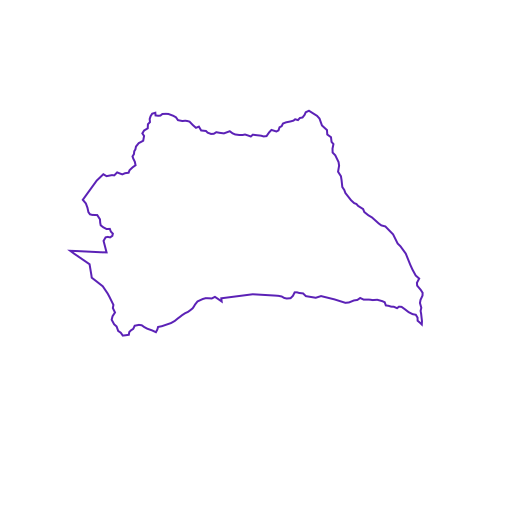 Itaíba, Pernambuco, Brazil, rotated 310°
{"feature_id": "56859067B4810139882764", "entity_name": "Itaíba", "entity_type": "district", "adm_level": 2, "iso_a3": "BRA", "parent_name": "Brazil", "parent_adm1": "Pernambuco", "projection": "natural_earth1", "projection_center": [-37.295, -9.026], "detail": "fine", "context": "isolated", "style": "outline", "palette": "violet", "viewbox_px": 512, "rotation_deg": 310, "n_neighbors": 0, "source": "geoboundaries", "source_scale": "gbopen_adm2", "svg_char_len": 3262}
<svg xmlns="http://www.w3.org/2000/svg" viewBox="0 0 512 512"><g transform="rotate(310 256 256)"><path d="M402.6,212.7L401.3,203.2L398.1,201.7L395.3,202.5L392.0,202.6L389.9,200.9L387.1,200.8L385.9,198.1L383.8,197.7L381.2,195.9L377.7,193.1L374.8,191.5L371.9,192.2L369.7,191.3L366.7,192.5L364.5,191.6L362.5,186.8L359.1,186.6L354.6,187.0L352.5,185.0L351.4,182.5L348.6,178.3L346.9,175.6L344.2,175.2L343.1,172.2L342.0,169.5L340.0,167.9L338.0,165.5L335.7,161.9L334.9,159.1L334.7,155.7L329.3,152.6L327.0,149.0L325.3,146.0L322.5,145.1L320.6,143.1L319.4,139.7L319.6,137.3L316.9,133.3L318.4,129.1L315.6,127.6L315.7,123.4L316.2,118.7L315.3,116.7L314.1,114.8L312.1,112.9L309.9,108.9L310.8,105.5L310.2,102.4L308.5,97.6L307.0,95.6L304.6,93.0L302.1,92.5L300.6,91.0L299.1,88.7L301.0,86.8L298.3,85.0L295.3,85.4L292.6,86.5L290.4,88.7L287.5,88.5L284.2,91.0L280.2,89.6L276.9,90.1L276.0,93.1L271.8,95.5L269.2,94.5L267.1,93.6L262.7,93.7L260.1,95.1L258.0,95.4L255.6,97.0L252.9,97.4L251.7,99.4L250.3,102.6L248.1,105.4L244.7,104.5L242.3,104.2L240.4,104.0L237.9,104.9L235.3,102.5L232.6,101.1L231.6,98.4L230.8,95.9L226.7,95.6L225.3,93.6L221.1,90.2L220.5,86.5L211.4,85.5L187.7,87.2L186.9,91.9L184.6,95.9L181.9,99.4L181.2,102.0L182.2,104.1L185.3,108.1L183.8,112.9L181.3,115.3L179.7,117.3L179.8,120.4L180.6,124.2L182.8,126.6L181.4,129.1L181.1,132.0L179.1,133.0L176.5,132.3L175.3,130.1L173.6,128.8L169.6,129.5L162.7,139.2L159.4,135.1L144.8,115.8L140.6,110.4L140.9,115.4L142.7,133.8L135.7,142.0L133.8,144.1L133.9,146.7L134.0,149.1L134.3,158.1L131.9,166.5L130.5,170.0L126.9,178.2L124.1,179.8L122.1,184.3L117.7,184.8L114.4,186.4L112.5,191.2L112.4,194.5L110.0,198.6L110.3,201.7L109.4,205.1L111.3,206.9L113.9,209.2L116.3,207.8L118.7,208.0L121.3,208.8L124.6,207.9L128.0,210.6L129.5,213.0L129.7,215.9L130.4,219.4L132.2,224.2L133.3,228.3L136.2,227.7L138.7,226.6L141.7,229.0L150.0,234.0L154.0,235.5L158.2,236.3L160.6,236.9L163.1,237.4L166.7,238.5L169.4,239.8L172.2,240.5L175.2,241.1L177.3,240.9L179.7,240.5L183.6,240.4L186.6,241.8L188.9,242.9L191.4,244.6L193.5,247.3L195.0,249.4L198.3,250.8L198.7,254.5L199.1,258.9L201.3,256.6L224.6,278.1L238.2,296.4L239.9,298.8L241.5,301.7L242.0,304.6L243.2,306.9L245.9,309.6L249.2,309.9L253.0,309.0L254.5,310.7L255.4,312.8L257.6,316.1L257.3,320.0L262.4,328.6L267.1,331.6L273.2,344.0L277.6,354.6L280.2,357.1L284.9,359.6L287.5,361.9L290.8,362.8L291.8,366.5L295.7,371.2L297.2,373.7L300.4,377.0L302.6,381.8L303.3,384.3L301.6,387.2L303.0,389.5L304.1,392.1L305.7,394.2L306.7,397.6L309.1,398.1L310.6,400.2L310.9,404.1L311.1,409.0L312.1,413.3L313.7,416.2L312.6,419.4L310.3,421.4L310.3,424.5L310.1,427.0L312.8,425.0L318.0,419.5L319.7,417.4L322.6,415.9L325.4,411.8L328.2,410.2L332.7,409.0L334.9,407.3L335.9,404.1L336.9,398.5L338.9,396.5L343.6,395.5L343.7,390.9L346.2,384.5L348.4,379.9L354.1,369.2L356.3,360.4L356.6,356.5L360.7,347.1L361.1,343.0L361.8,336.1L360.0,332.3L359.8,329.0L360.1,320.1L359.4,315.8L359.3,310.7L360.8,307.9L360.0,302.0L360.4,299.5L359.6,297.2L359.8,293.0L361.7,284.0L363.3,281.2L364.3,277.8L369.1,272.8L371.7,269.8L373.3,264.7L375.5,263.4L378.6,261.6L381.0,258.9L384.1,252.0L384.5,248.2L387.4,245.6L391.5,243.4L392.0,240.5L395.2,237.1L394.9,232.5L398.1,229.4L398.4,222.6L402.1,216.3L402.6,212.7Z" fill="none" stroke="#5b21b6" stroke-width="2"/></g></svg>